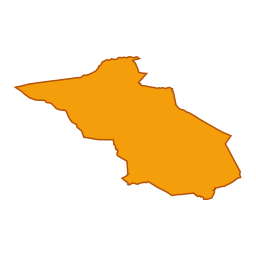 Bērzaines pag., Kocenu, Latvia
{"feature_id": "27541924B68382909431902", "entity_name": "Bērzaines pag.", "entity_type": "district", "adm_level": 2, "iso_a3": "LVA", "parent_name": "Latvia", "parent_adm1": "Kocenu", "projection": "equal_earth", "projection_center": [25.199, 57.625], "detail": "fine", "context": "isolated", "style": "filled", "palette": "amber", "viewbox_px": 256, "rotation_deg": 0, "n_neighbors": 0, "source": "geoboundaries", "source_scale": "gbopen_adm2", "svg_char_len": 5124}
<svg xmlns="http://www.w3.org/2000/svg" viewBox="0 0 256 256"><path d="M130.3,56.8L130.0,56.8L128.1,56.9L127.7,57.5L126.9,57.8L126.1,57.6L125.3,57.6L125.0,57.4L124.1,57.3L123.9,57.3L122.6,57.6L122.4,57.7L121.1,57.6L118.9,57.5L118.6,57.5L118.2,57.7L118.0,57.9L117.9,58.0L117.7,58.7L117.3,58.9L116.7,59.1L116.1,59.3L115.4,59.5L115.1,59.5L112.0,58.9L111.4,58.8L111.1,58.9L110.1,59.9L109.4,60.3L108.9,60.3L108.8,60.2L107.0,59.6L106.9,59.6L104.0,61.2L102.6,61.9L102.2,62.2L102.0,62.3L101.0,64.8L99.9,65.5L99.5,65.7L98.7,66.2L98.9,67.0L98.1,68.2L97.9,68.5L97.0,69.4L95.7,71.1L94.7,71.6L92.6,72.7L90.7,73.6L89.7,74.0L88.2,74.7L87.3,75.0L86.0,75.3L85.9,75.3L85.4,75.3L83.5,75.2L83.4,75.3L81.2,77.4L75.3,77.9L72.0,78.4L69.8,78.7L60.5,79.9L55.4,80.6L53.9,80.7L43.9,82.0L40.8,82.4L36.5,83.0L28.7,84.1L26.7,84.7L23.6,85.4L20.7,86.2L17.7,86.7L15.4,87.3L16.7,88.2L18.3,89.2L19.8,90.2L21.3,91.1L22.4,92.2L23.9,93.5L24.4,94.1L28.1,96.7L29.2,97.5L29.5,97.7L29.5,97.8L30.9,98.3L31.0,98.3L31.4,98.4L31.7,98.5L32.1,98.7L33.4,99.2L34.3,99.5L35.5,100.0L44.7,100.4L45.4,101.3L45.9,101.9L46.5,102.5L48.0,102.7L49.5,102.9L50.0,103.0L50.9,103.2L51.1,103.2L53.0,105.2L54.7,106.7L55.8,108.1L56.0,108.2L56.2,108.4L56.4,108.5L56.6,108.6L59.2,109.7L61.6,110.1L63.6,110.3L64.2,110.3L65.1,110.4L65.4,110.5L65.7,110.6L66.3,111.5L66.7,112.6L67.6,114.5L67.9,115.4L68.2,116.0L68.6,117.0L69.1,117.8L69.5,118.6L70.1,119.4L70.6,120.1L70.5,120.3L70.7,120.6L71.2,121.1L71.9,122.0L76.5,124.7L76.6,124.8L76.8,126.2L76.9,126.8L77.0,127.1L77.4,127.5L78.5,128.4L80.7,130.2L81.3,130.8L81.7,131.0L82.4,133.1L82.9,134.5L83.4,135.5L83.6,136.6L83.7,137.3L85.9,137.5L92.4,138.6L98.0,139.6L105.9,139.7L109.6,139.8L112.0,139.7L113.2,139.6L113.5,140.5L113.4,141.0L113.7,142.1L113.8,143.4L113.8,144.1L114.3,145.0L115.3,145.6L115.6,146.3L115.3,147.6L115.5,148.3L116.8,149.3L116.3,149.5L117.8,150.8L117.7,152.0L117.6,152.3L117.4,152.5L116.9,153.6L117.1,155.1L117.8,155.8L119.6,156.9L122.7,158.7L123.1,159.0L124.6,159.8L126.2,160.6L126.8,161.0L126.9,161.6L127.1,163.8L127.6,169.6L127.6,170.7L127.5,170.8L127.7,171.0L127.7,172.0L127.8,174.1L128.1,174.2L127.9,174.3L126.1,176.1L125.8,176.4L125.1,176.7L124.4,177.1L122.0,178.3L126.4,181.8L126.6,181.9L126.7,182.0L128.2,183.5L127.8,184.5L129.5,184.8L130.4,184.3L132.3,183.2L132.5,183.2L133.0,183.0L135.2,183.6L135.8,183.8L136.2,183.9L137.3,184.2L137.6,184.2L139.8,183.3L141.4,182.8L142.7,182.6L143.6,182.5L145.3,182.3L145.5,182.3L146.0,182.5L146.4,182.6L146.8,182.6L147.0,182.6L147.2,182.3L147.6,181.9L148.2,181.6L148.4,181.7L149.3,182.2L150.7,183.1L152.2,184.1L154.1,185.2L157.4,187.3L160.1,188.6L162.6,189.9L165.8,191.5L168.2,193.0L169.9,194.1L170.2,194.3L171.3,195.0L172.0,195.4L172.1,195.5L173.1,195.3L175.5,194.9L176.8,194.7L177.1,194.7L177.9,194.6L178.7,194.6L180.4,194.6L181.5,194.5L182.3,194.3L182.7,194.2L182.8,194.2L188.3,193.6L189.0,193.6L189.3,193.6L193.7,193.1L193.8,193.1L196.1,195.5L196.7,195.2L197.1,196.0L197.7,196.3L197.9,196.5L200.1,195.9L200.7,196.9L202.4,196.8L203.1,197.3L203.5,198.3L203.6,199.2L207.9,199.2L208.0,199.1L211.8,197.9L214.2,193.0L214.4,192.3L214.5,191.6L214.4,191.0L213.3,190.3L213.6,190.1L214.1,189.7L214.6,189.6L215.4,189.2L214.9,188.0L218.0,187.6L219.7,187.1L222.0,186.4L224.3,186.4L224.4,186.2L225.3,185.7L227.9,184.4L228.0,184.4L230.6,183.1L233.4,181.5L233.8,181.1L234.1,180.8L237.7,178.2L240.6,177.4L239.7,174.5L239.7,174.2L240.2,171.6L237.7,167.0L234.6,161.2L232.3,156.9L231.1,154.6L229.9,152.3L228.6,149.9L227.3,147.5L225.3,143.9L227.3,141.0L231.0,135.8L226.7,134.0L225.6,133.5L222.5,132.2L221.2,131.5L219.1,130.3L216.7,129.1L215.2,128.1L214.3,127.6L214.1,127.5L212.2,126.5L210.2,125.3L206.7,123.3L205.8,122.7L204.3,121.9L203.3,121.3L202.8,121.0L202.1,120.7L201.7,120.4L199.9,119.4L198.3,118.4L197.6,117.8L194.5,115.9L193.5,115.3L193.1,115.1L192.5,114.8L192.1,114.5L191.8,114.3L191.1,114.0L190.2,113.4L190.0,113.2L189.3,112.8L188.9,112.7L188.5,112.5L187.8,112.4L187.2,112.3L186.7,111.9L186.2,111.6L185.7,111.4L185.4,111.1L185.1,110.9L184.0,110.2L182.3,109.7L180.4,109.3L178.7,108.2L177.4,106.7L177.2,106.4L175.8,104.7L176.0,104.7L175.7,103.5L175.6,102.8L175.4,102.0L174.9,99.5L174.3,96.9L174.1,96.2L174.0,95.6L174.0,95.4L174.1,95.1L173.5,93.3L173.2,91.8L173.0,91.7L173.1,91.3L172.5,91.1L172.2,90.9L172.1,90.7L171.9,90.4L171.7,90.1L172.6,89.1L171.4,88.4L170.6,88.0L169.9,87.6L169.0,87.4L167.9,87.7L166.8,88.0L166.0,88.5L165.8,88.6L164.8,88.3L163.5,87.9L162.5,87.7L161.4,88.0L160.9,88.2L159.1,87.7L159.0,87.8L158.4,88.2L158.3,88.3L158.2,88.3L157.2,88.2L154.7,87.7L153.1,87.4L151.3,87.1L150.0,86.9L149.8,86.9L148.3,86.6L146.8,86.3L145.7,86.1L143.8,85.8L143.0,85.7L141.3,85.4L140.9,85.3L140.9,85.1L140.5,84.7L140.3,84.5L140.6,84.1L140.7,83.9L138.4,82.7L139.9,81.0L141.2,79.5L141.2,79.4L141.3,79.4L144.0,76.5L145.1,75.3L145.4,75.0L146.7,73.5L143.5,73.2L142.3,73.1L138.9,72.5L138.0,69.8L137.1,67.1L136.6,66.2L135.4,63.3L134.1,61.9L132.7,60.6L134.0,60.1L135.0,59.7L137.8,59.1L139.1,58.7L139.3,58.6L139.0,58.5L138.6,58.2L138.3,58.0L138.1,57.6L138.0,57.4L137.5,57.1L135.7,56.9L135.1,57.3L134.4,57.7L132.7,57.5L132.1,57.3L130.5,56.9L130.3,56.8Z" fill="#f59e0b" stroke="#b45309" stroke-width="1.5"/></svg>